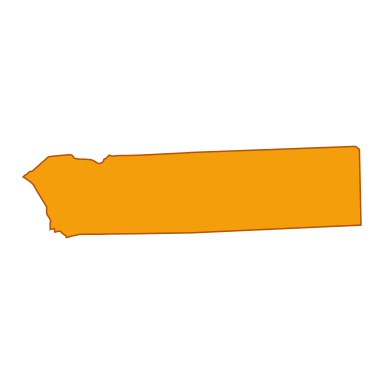 Tura, Al Qahirah, Egypt (Robinson projection)
{"feature_id": "37247803B1884066406604", "entity_name": "Tura", "entity_type": "district", "adm_level": 2, "iso_a3": "EGY", "parent_name": "Egypt", "parent_adm1": "Al Qahirah", "projection": "robinson", "projection_center": [31.303, 29.94], "detail": "fine", "context": "isolated", "style": "filled", "palette": "amber", "viewbox_px": 384, "rotation_deg": 0, "n_neighbors": 0, "source": "geoboundaries", "source_scale": "gbopen_adm2", "svg_char_len": 2457}
<svg xmlns="http://www.w3.org/2000/svg" viewBox="0 0 384 384"><path d="M191.8,232.8L361.0,225.1L359.4,149.4L355.5,146.4L355.4,146.4L190.6,152.5L185.6,152.9L161.4,154.1L139.3,155.2L136.3,155.3L134.8,155.3L134.2,155.4L118.0,155.6L116.9,155.7L115.7,155.9L114.6,155.9L113.0,156.1L112.0,156.1L111.3,155.9L110.9,155.8L110.4,155.5L110.0,155.4L109.5,155.2L109.1,155.2L109.0,155.3L108.9,155.3L108.3,155.9L106.4,158.0L105.9,158.5L105.6,158.7L105.5,158.8L105.4,158.8L105.0,158.9L104.9,158.9L104.7,158.9L104.5,159.0L104.2,159.1L104.0,159.3L103.8,159.7L103.7,160.2L103.6,160.4L103.6,160.6L103.4,161.1L103.3,161.3L103.0,161.7L102.4,162.2L102.0,162.6L101.6,162.8L101.1,163.0L100.6,163.3L100.1,163.4L99.6,163.5L99.0,163.5L98.1,163.3L97.4,163.1L96.8,162.7L96.1,162.2L95.8,162.0L95.2,161.6L94.5,161.2L93.5,160.7L92.4,160.2L92.0,160.1L91.3,159.8L90.4,159.7L89.5,159.6L88.2,159.5L87.1,159.4L85.7,159.3L85.0,159.2L84.3,159.2L82.9,159.2L81.4,159.3L80.4,159.2L79.6,159.1L79.0,159.1L78.3,159.0L78.1,159.0L77.9,158.9L74.3,158.2L74.2,158.1L74.0,157.9L73.5,157.1L73.0,156.3L72.9,156.2L72.7,155.9L72.5,155.7L72.4,155.6L72.1,155.4L71.9,155.3L71.8,155.2L71.7,155.1L71.4,155.0L71.1,154.9L70.8,154.9L70.6,154.8L70.3,154.8L70.2,154.7L69.8,154.7L69.7,154.7L69.3,154.7L65.9,155.0L61.0,155.4L59.3,155.6L56.6,155.8L56.4,155.9L54.8,156.0L53.1,156.2L51.6,156.4L51.1,156.4L50.0,156.6L49.1,156.7L48.7,156.8L48.2,157.0L47.9,157.3L47.7,157.4L47.6,157.5L47.3,157.7L47.2,157.8L46.8,158.2L46.0,159.0L45.6,159.3L44.9,160.0L44.3,160.5L43.6,161.1L42.8,161.8L41.9,162.6L40.8,163.4L39.8,164.5L39.1,165.1L38.5,165.6L38.0,166.1L37.4,166.6L36.9,167.1L36.7,167.3L36.5,167.5L36.2,167.7L36.0,167.9L35.8,168.0L35.5,168.3L35.4,168.4L35.3,168.5L35.1,168.7L34.3,169.3L33.3,170.2L32.1,171.2L31.5,171.3L29.9,171.5L28.4,172.6L28.2,172.8L28.1,173.0L27.4,173.7L27.1,174.1L26.9,174.3L26.4,174.6L24.9,175.3L23.1,176.9L25.7,178.6L30.5,181.9L33.6,184.9L33.6,185.0L37.2,191.5L40.2,196.3L43.6,202.0L46.6,206.8L46.6,210.5L46.7,211.7L46.7,211.8L46.7,213.5L47.3,215.0L49.1,217.7L50.3,219.8L50.9,221.3L50.1,222.3L50.1,224.4L50.2,229.2L50.2,229.3L50.3,229.2L52.0,229.1L54.3,228.7L54.8,232.1L59.6,231.0L59.9,231.1L63.8,234.5L65.6,235.6L66.4,237.6L71.3,236.2L71.5,236.1L72.4,235.9L73.2,235.7L74.3,235.6L79.0,234.5L80.0,234.4L80.4,234.4L85.5,234.3L89.0,234.3L91.0,234.2L99.7,234.3L107.1,234.0L109.3,234.0L111.7,233.9L116.1,233.9L118.7,233.9L128.9,233.8L143.6,233.6L191.8,232.8Z" fill="#f59e0b" stroke="#b45309" stroke-width="1.5"/></svg>